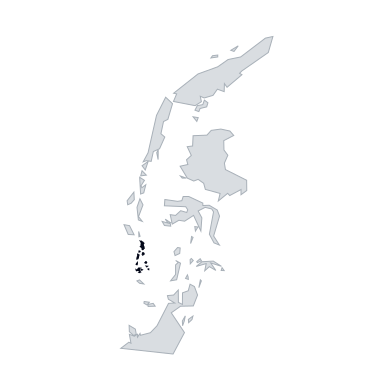 Maluku Barat Daya, Maluku, Indonesia (highlighted), rotated 96°
{"feature_id": "22746128B88480653802061", "entity_name": "Maluku Barat Daya", "entity_type": "district", "adm_level": 2, "iso_a3": "IDN", "parent_name": "Indonesia", "parent_adm1": "Maluku", "projection": "robinson", "projection_center": [127.795, -7.318], "detail": "medium", "context": "in_parent", "style": "filled", "palette": "ink", "viewbox_px": 384, "rotation_deg": 96, "n_neighbors": 0, "source": "geoboundaries", "source_scale": "gbopen_adm2", "svg_char_len": 5571}
<svg xmlns="http://www.w3.org/2000/svg" viewBox="0 0 384 384"><g transform="rotate(96 192 192)"><path d="M131.4,156.4L137.6,165.8L146.9,164.6L151.7,160.2L159.9,162.8L166.2,161.1L174.6,138.9L184.8,137.7L189.6,143.0L184.4,143.5L191.6,154.1L189.6,156.4L198.2,164.9L190.5,163.9L188.0,179.0L182.1,181.3L178.8,187.2L180.9,191.4L178.7,198.1L167.6,206.5L165.1,199.0L160.5,200.8L155.7,196.5L147.4,201.5L146.2,196.2L135.9,196.8L133.9,183.1L128.7,179.3L126.4,169.9L127.4,160.7L131.4,156.4ZM28.9,127.8L45.3,130.7L66.4,155.1L69.0,157.1L70.1,154.6L84.2,168.1L80.8,171.1L88.8,170.5L87.1,177.5L93.7,181.2L97.2,189.7L95.9,193.8L101.2,192.1L105.8,197.9L103.9,219.9L96.0,217.5L95.7,220.6L74.0,198.4L64.8,179.5L56.5,170.0L52.6,157.7L31.3,135.1L28.9,127.8ZM355.1,193.9L354.9,246.5L348.0,239.1L348.8,236.9L340.1,239.4L341.5,234.2L339.1,231.4L339.9,231.0L341.3,231.3L342.2,231.0L338.1,228.9L339.9,228.3L336.3,218.7L328.7,212.8L305.2,203.7L304.2,197.5L301.1,204.3L297.6,205.6L296.4,199.5L290.9,195.4L303.2,194.0L304.8,189.8L293.3,190.9L290.6,185.4L283.9,184.3L285.8,179.7L293.9,175.7L305.2,178.8L306.8,191.5L314.3,200.0L332.6,184.8L355.1,193.9ZM240.3,164.8L232.2,170.3L209.5,168.5L206.8,170.6L205.9,177.3L210.2,183.9L216.7,179.5L229.9,179.1L215.1,188.0L221.8,196.3L221.5,202.1L226.0,208.3L216.8,211.3L217.0,205.9L211.8,201.3L212.9,195.1L210.1,194.4L207.3,196.7L208.6,218.0L202.3,218.2L202.8,205.4L201.7,201.2L197.4,200.3L196.8,194.8L201.9,180.1L204.3,179.8L203.4,173.5L207.3,165.0L213.1,162.1L233.5,165.9L241.9,159.2L240.3,164.8ZM106.2,220.6L122.3,223.6L124.9,227.7L137.3,229.0L140.2,224.8L152.4,228.8L155.8,234.7L165.8,235.8L165.6,240.8L167.1,243.7L157.6,239.8L119.5,235.3L100.5,228.1L106.2,220.6ZM260.6,166.0L267.5,160.1L264.4,166.9L269.0,171.1L261.7,170.4L265.6,180.0L260.3,174.8L258.5,163.6L262.8,155.0L260.6,166.0ZM264.0,196.0L280.9,198.1L282.6,204.0L275.7,199.7L266.2,200.7L263.5,198.3L261.8,201.1L264.0,196.0ZM225.4,242.4L213.0,245.1L204.2,243.1L209.9,239.4L222.1,242.6L226.4,238.4L225.4,242.4ZM189.6,238.7L197.9,239.9L199.4,242.9L182.8,245.6L185.4,240.5L191.2,243.4L193.0,242.3L189.6,238.7ZM240.6,245.1L240.9,251.0L231.6,256.2L232.0,250.6L240.6,245.1ZM105.8,186.3L108.1,192.7L111.3,193.6L110.3,197.6L105.5,195.7L104.0,190.4L99.3,189.3L101.6,185.5L105.8,186.3ZM337.5,239.7L331.2,240.6L334.3,234.0L339.2,232.6L340.8,235.0L337.5,239.7ZM205.7,248.6L209.6,251.4L211.4,254.6L207.5,255.6L198.2,249.8L205.7,248.6ZM254.4,197.8L257.0,202.2L253.2,203.7L248.7,200.5L248.9,197.9L254.4,197.8ZM166.2,238.8L175.0,240.8L171.1,244.4L166.2,238.8ZM180.0,239.2L181.3,244.7L176.1,243.9L180.0,239.2ZM121.3,194.6L117.1,198.8L117.4,193.6L121.3,194.6ZM309.4,216.7L310.4,223.7L308.4,224.0L306.8,219.0L309.4,216.7ZM163.3,229.1L156.6,231.2L153.7,230.0L163.3,229.1ZM228.2,209.6L228.2,215.9L224.4,218.6L225.8,210.2L228.2,209.6ZM41.8,161.3L47.8,164.9L47.0,168.2L41.8,161.3ZM56.7,187.2L54.3,185.8L53.1,180.7L55.0,180.5L56.7,187.2ZM286.2,237.5L284.9,235.0L288.5,230.3L288.3,234.5L286.2,237.5ZM279.4,173.4L286.4,175.2L278.5,174.5L279.4,173.4ZM237.0,186.2L243.4,188.0L236.3,187.8L237.0,186.2ZM225.2,212.7L221.8,215.8L224.7,210.2L225.2,212.7ZM315.3,178.1L318.9,178.7L322.3,181.7L319.1,182.3L315.3,178.1ZM254.0,234.8L251.7,237.1L246.9,237.4L248.1,234.8L254.0,234.8ZM309.1,224.9L307.6,228.2L305.9,228.1L306.1,222.9L309.1,224.9ZM263.6,186.2L259.4,186.8L258.2,185.7L260.0,183.6L263.6,186.2ZM315.9,185.7L321.1,186.2L326.0,187.4L321.3,188.1L315.9,185.7ZM226.2,182.4L230.5,184.5L226.1,185.6L226.2,182.4ZM267.0,154.8L264.1,154.2L266.8,151.8L267.0,154.8ZM236.8,240.9L241.5,239.0L242.1,240.1L236.8,240.9ZM279.3,186.5L278.6,189.4L274.9,187.9L276.8,187.0L279.3,186.5ZM179.2,203.2L177.3,205.2L178.8,199.1L179.2,203.2ZM259.4,175.4L261.7,179.3L260.8,180.0L257.5,176.9L259.4,175.4Z" fill="#d9dde1" stroke="#a8b0b8" stroke-width="1"/><path d="M252.8,233.9L251.6,234.2L251.4,234.5L251.0,234.6L250.6,235.0L250.0,235.0L249.6,235.3L248.5,235.1L248.2,234.7L247.9,234.8L247.7,235.4L247.3,235.6L247.4,236.0L246.9,236.4L247.1,236.8L246.8,237.6L247.9,236.8L248.2,236.9L248.8,236.6L249.2,236.6L249.6,236.9L250.6,236.8L251.3,236.9L251.7,237.3L252.3,236.0L253.3,235.5L254.1,235.5L254.3,235.3L254.1,234.7L253.4,234.8L252.8,234.3L252.8,233.9ZM274.5,235.8L273.9,236.1L273.8,236.7L274.7,237.8L275.3,237.9L275.8,236.8L275.7,236.5L275.8,236.2L274.5,235.8ZM262.2,238.7L260.8,238.4L261.1,239.0L262.2,239.3L262.3,239.5L262.6,239.6L262.9,239.6L263.1,239.1L263.4,238.8L263.2,238.6L262.2,238.7ZM266.9,229.9L266.4,230.3L266.3,230.6L267.2,231.2L267.4,230.7L267.2,230.5L267.4,230.5L267.5,230.3L266.9,229.9ZM258.2,233.4L257.9,233.7L258.1,234.2L257.7,234.4L257.8,234.7L258.2,234.7L258.3,234.3L258.9,234.0L258.9,233.6L258.6,233.7L258.3,233.4L258.1,233.5L258.2,233.4ZM264.1,239.2L263.2,239.2L263.1,239.6L264.2,239.7L264.1,239.2ZM269.4,239.0L268.4,239.1L269.0,239.5L269.2,239.3L269.3,239.3L269.8,239.6L269.9,239.2L269.4,239.0ZM260.4,238.8L260.0,238.9L259.7,239.3L260.1,239.4L260.8,239.2L260.7,238.9L260.4,238.8ZM256.7,237.6L256.4,237.8L256.4,238.3L257.0,238.3L256.9,237.8L256.7,237.6ZM276.2,238.3L275.7,238.6L275.4,239.2L275.7,239.1L276.2,238.3ZM273.3,236.2L273.3,236.9L273.5,237.1L273.7,236.8L273.3,236.2ZM246.4,237.2L246.3,237.3L246.4,237.9L246.4,238.0L246.6,237.6L246.4,237.2ZM273.5,227.1L273.2,227.1L273.2,227.4L273.4,227.4L273.5,227.1ZM274.5,233.7L274.4,233.9L274.8,234.0L274.8,233.9L274.6,233.9L274.5,233.7ZM270.7,229.0L270.7,229.4L270.9,229.2L270.7,229.0ZM277.4,235.6L277.1,235.5L277.4,235.8L277.4,235.6ZM276.9,235.1L276.7,235.3L277.0,235.4L276.9,235.1ZM259.8,234.3L259.6,233.9L259.7,234.4L259.8,234.3Z" fill="#0f172a" stroke="#020617" stroke-width="1.5"/></g></svg>